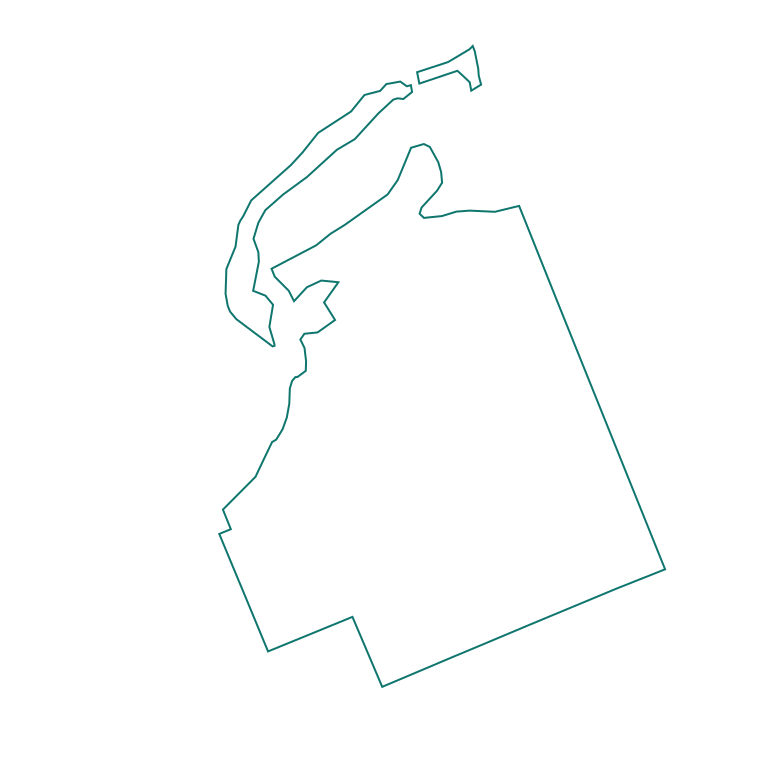 outline of Lee, Florida, United States of America, rotated 68°
{"feature_id": "52423323B55479715593619", "entity_name": "Lee", "entity_type": "district", "adm_level": 2, "iso_a3": "USA", "parent_name": "United States of America", "parent_adm1": "Florida", "projection": "mercator", "projection_center": [-82.071, 26.553], "detail": "fine", "context": "isolated", "style": "outline", "palette": "teal", "viewbox_px": 768, "rotation_deg": 68, "n_neighbors": 0, "source": "geoboundaries", "source_scale": "gbopen_adm2", "svg_char_len": 1619}
<svg xmlns="http://www.w3.org/2000/svg" viewBox="0 0 768 768"><g transform="rotate(68 384 384)"><path d="M269.5,192.0L265.9,216.6L255.4,239.5L251.3,252.2L250.0,267.4L246.0,281.1L245.0,284.7L239.5,287.2L234.5,283.1L224.6,262.3L219.1,254.7L208.7,251.6L198.7,250.6L181.4,252.7L176.4,257.2L175.1,270.4L200.0,294.8L209.6,309.6L221.8,360.8L224.6,377.1L230.0,394.8L235.0,445.1L243.6,445.1L261.8,437.4L273.5,436.4L265.4,419.2L264.6,403.4L271.9,389.4L272.6,388.2L285.6,408.5L285.9,409.0L306.3,405.4L311.3,426.3L307.6,439.0L311.4,444.9L320.8,444.2L333.7,447.7L342.5,451.6L345.1,461.7L344.4,463.6L346.7,468.0L352.7,472.9L367.0,479.3L378.7,486.7L388.1,495.1L395.2,504.8L395.9,509.5L406.9,521.6L421.9,537.9L440.1,580.4L461.2,580.4L461.3,592.9L512.3,592.4L518.8,592.3L588.5,591.7L588.1,500.5L664.1,499.1L662.8,419.1L662.8,414.6L661.8,342.3L660.8,245.8L661.1,192.8L372.8,192.4L372.6,192.4L269.5,192.0ZM109.7,255.6L106.8,269.5L110.8,277.8L108.7,293.8L119.0,312.5L126.5,351.0L138.7,372.6L146.2,388.5L164.0,438.3L175.8,451.8L178.7,456.0L181.9,459.4L201.0,470.2L218.4,487.1L241.0,497.1L253.0,499.6L259.2,499.6L268.6,496.6L307.4,473.2L307.6,471.2L306.1,470.7L288.1,468.9L269.0,457.2L257.7,460.8L248.6,470.4L223.7,454.2L214.6,451.1L200.5,450.6L187.3,440.0L178.3,428.8L170.5,406.5L163.3,378.1L149.2,340.0L146.0,319.3L131.0,287.9L123.8,268.9L124.2,264.4L127.0,259.3L123.8,248.6L117.0,247.1L116.5,251.3L109.7,255.6ZM103.9,175.1L105.7,179.4L109.5,204.0L107.3,236.5L118.7,238.7L121.1,198.6L127.1,195.7L136.3,191.5L144.7,193.2L142.8,181.8L133.8,180.7L126.9,178.5L109.5,175.2L103.9,175.1Z" fill="none" stroke="#0f766e" stroke-width="2"/></g></svg>